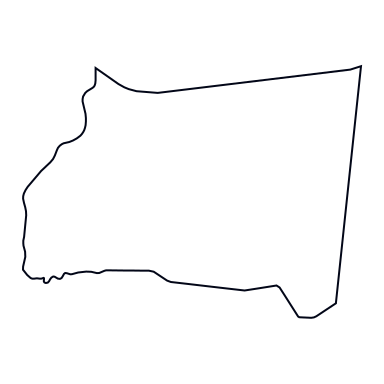 the border of Najran
{"feature_id": "SAU-1096", "entity_name": "Najran", "entity_type": "Region", "adm_level": 1, "iso_a3": "SAU", "parent_name": "Saudi Arabia", "parent_adm1": "", "projection": "natural_earth1", "projection_center": [44.686, 18.237], "detail": "fine", "context": "isolated", "style": "outline", "palette": "ink", "viewbox_px": 384, "rotation_deg": 0, "n_neighbors": 0, "source": "natural_earth", "source_scale": "10m", "svg_char_len": 1465}
<svg xmlns="http://www.w3.org/2000/svg" viewBox="0 0 384 384"><path d="M335.9,303.3L326.4,309.6L316.3,316.3L313.9,317.4L311.2,317.8L300.3,317.3L299.2,317.2L298.1,316.5L291.1,305.5L285.0,295.9L279.6,287.5L276.5,285.5L258.2,288.4L244.6,290.5L224.5,288.2L208.9,286.4L188.4,284.0L170.9,282.0L167.1,280.6L153.7,271.7L149.0,270.7L135.2,270.6L133.1,270.5L122.9,270.5L106.2,270.3L104.4,270.8L99.2,273.0L96.9,273.1L91.3,271.8L86.2,271.6L78.2,272.5L71.9,274.2L70.3,274.3L66.8,273.2L65.2,273.0L64.0,273.9L62.7,276.3L61.5,278.1L59.9,278.9L57.8,278.6L54.6,276.7L53.2,276.5L51.4,277.6L50.1,279.3L49.1,281.2L47.8,282.6L45.9,283.0L44.9,282.7L44.4,282.4L44.1,282.0L43.8,281.2L44.0,279.2L44.0,278.2L43.5,277.9L41.6,278.6L40.1,278.7L36.9,278.3L33.8,278.7L32.3,278.7L30.6,278.0L27.2,275.0L23.0,269.7L23.1,266.6L25.3,256.9L25.1,251.7L23.5,245.7L23.3,243.4L23.3,240.7L24.1,236.9L26.2,215.3L26.0,211.2L25.2,207.2L24.0,202.9L23.1,198.7L23.2,196.2L23.9,193.5L25.6,190.0L27.7,186.8L41.1,171.0L50.4,162.2L53.0,159.1L53.9,157.4L54.9,155.4L56.9,150.2L58.0,147.8L59.8,145.7L61.8,144.2L63.6,143.3L69.3,142.0L73.0,140.5L76.8,138.4L80.4,135.7L81.9,134.0L83.2,132.1L84.2,130.2L85.0,127.8L85.6,125.2L85.9,121.5L85.9,118.1L85.5,113.8L82.6,101.5L82.6,99.1L83.1,96.5L85.2,93.0L87.1,91.2L92.5,87.9L93.8,86.8L94.6,85.6L95.3,83.4L95.6,80.2L95.6,68.0L118.4,84.0L124.3,87.3L128.7,89.1L136.5,91.2L157.7,92.9L350.3,69.6L361.0,66.2L335.9,303.2L335.9,303.3Z" fill="none" stroke="#020617" stroke-width="2"/></svg>